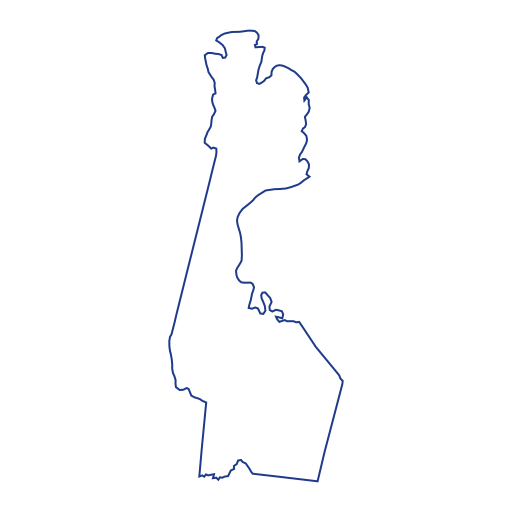 outline of Marapanim, Pará, Brazil
{"feature_id": "56859067B57853854676619", "entity_name": "Marapanim", "entity_type": "district", "adm_level": 2, "iso_a3": "BRA", "parent_name": "Brazil", "parent_adm1": "Pará", "projection": "robinson", "projection_center": [-47.711, -0.8], "detail": "fine", "context": "isolated", "style": "outline", "palette": "blue", "viewbox_px": 512, "rotation_deg": 0, "n_neighbors": 0, "source": "geoboundaries", "source_scale": "gbopen_adm2", "svg_char_len": 3435}
<svg xmlns="http://www.w3.org/2000/svg" viewBox="0 0 512 512"><path d="M171.7,359.0L172.2,364.3L172.2,368.5L172.6,371.1L173.2,373.6L174.3,375.9L175.6,380.1L175.5,383.4L175.9,387.1L179.7,390.0L183.5,389.7L186.7,388.0L188.7,389.1L189.6,391.4L191.3,395.6L194.6,397.4L197.5,398.2L200.2,399.3L202.3,400.8L206.2,402.5L201.7,449.4L199.3,476.5L202.2,475.4L204.2,476.7L206.0,474.4L208.1,475.4L210.9,474.8L214.0,474.2L213.0,478.2L216.3,477.7L218.3,479.7L220.0,477.3L222.3,477.7L224.6,476.6L228.1,476.1L230.8,470.5L234.1,468.9L233.9,466.0L236.7,464.1L238.1,460.5L241.1,460.0L242.5,461.9L245.8,463.5L249.3,468.5L251.1,471.7L252.7,473.7L281.3,477.0L317.6,481.3L324.6,451.8L329.6,432.8L342.3,384.3L342.7,380.9L340.5,378.7L339.2,375.3L330.1,364.2L322.9,355.5L315.9,347.0L299.2,321.9L296.3,322.3L293.4,321.2L289.5,321.2L286.8,321.2L284.9,320.1L281.7,321.0L279.4,321.9L277.0,319.1L276.0,316.7L279.2,317.4L282.3,318.3L283.2,314.3L281.8,311.2L278.1,310.2L275.9,309.8L272.4,311.5L269.8,310.1L269.4,306.6L270.4,304.5L271.6,301.9L270.2,298.0L267.1,294.6L265.2,292.4L262.4,292.7L261.2,295.2L261.6,298.3L263.3,302.0L264.9,306.3L265.4,310.7L263.3,313.9L260.3,313.5L258.0,308.5L255.3,307.5L252.1,308.7L248.7,308.0L249.2,305.3L250.8,300.0L252.1,293.4L253.4,290.0L254.0,287.2L252.6,283.9L250.6,282.6L246.8,282.7L243.5,282.7L241.3,282.3L239.3,280.7L237.3,277.7L236.5,275.1L236.0,270.8L237.0,268.4L239.7,264.1L241.6,260.7L241.9,255.0L241.5,242.6L240.9,237.1L240.1,233.0L237.6,224.6L237.0,220.9L237.6,217.1L239.7,212.8L242.7,208.8L250.4,202.7L253.2,200.1L255.2,197.6L257.8,195.4L265.5,190.5L274.4,189.2L279.8,189.0L285.9,188.5L291.3,187.0L298.1,184.6L300.5,183.1L303.9,180.3L309.5,176.7L306.5,174.2L307.4,171.1L308.8,168.1L309.0,164.4L307.4,161.3L305.4,159.2L302.7,159.0L299.5,161.3L298.9,157.7L300.1,154.4L301.9,152.0L303.8,148.0L305.7,144.3L306.7,141.8L307.0,139.2L306.3,135.8L304.2,133.3L301.7,131.2L303.0,128.5L304.9,127.2L306.1,124.3L305.7,120.8L304.9,116.8L306.7,114.6L308.7,111.8L309.7,107.9L308.7,104.1L308.8,100.0L306.8,97.4L304.4,100.5L304.1,97.6L306.0,95.0L308.7,92.5L307.7,87.7L305.7,84.4L303.3,81.2L300.8,77.9L299.0,76.1L297.0,74.0L294.4,71.6L291.5,70.2L288.8,68.4L285.7,66.9L282.5,65.6L279.3,65.2L276.8,65.7L274.8,66.9L272.8,68.9L271.6,71.8L271.4,75.4L269.2,77.3L266.2,78.2L264.1,80.9L261.4,82.8L259.3,83.9L257.0,83.1L256.1,80.3L257.1,77.7L257.7,74.2L258.5,69.8L259.8,65.5L261.3,62.0L261.7,59.6L262.2,56.1L263.1,53.0L264.4,50.5L264.7,47.7L262.7,46.9L259.2,47.0L255.5,47.3L254.9,45.0L257.0,44.0L256.7,41.5L258.4,38.7L258.6,35.2L256.9,32.6L254.7,31.0L251.1,30.7L247.7,30.7L243.6,31.3L240.5,31.7L238.2,31.9L235.4,31.9L231.8,32.0L227.8,32.8L224.5,33.6L221.3,35.1L219.2,36.8L217.1,38.1L216.2,40.4L219.2,42.3L222.5,44.9L224.9,48.3L225.7,51.8L226.6,55.0L225.2,57.6L222.8,57.9L221.5,55.0L218.4,54.0L215.4,53.8L211.8,53.0L207.9,53.0L204.8,55.2L205.1,58.3L205.8,61.5L206.5,65.1L207.8,68.9L208.5,72.1L210.3,75.0L211.8,77.3L213.6,79.5L214.7,82.8L214.5,86.1L215.1,89.6L215.5,93.4L213.1,94.6L212.0,99.0L212.4,102.3L213.2,105.0L214.4,107.5L215.5,110.8L213.9,114.3L212.2,116.7L211.6,119.9L211.2,124.2L210.8,126.5L209.6,128.7L207.4,132.4L206.5,135.0L204.9,138.7L204.7,142.8L208.5,145.9L211.2,148.6L213.3,147.6L216.3,148.6L216.5,152.1L215.9,156.4L214.9,160.1L211.1,175.4L210.0,180.0L200.1,219.7L189.1,263.6L176.5,314.1L174.6,322.3L171.5,334.4L170.0,336.9L169.3,341.1L169.4,346.5L170.0,351.0L170.8,354.1L171.7,359.0Z" fill="none" stroke="#1e3a8a" stroke-width="2"/></svg>